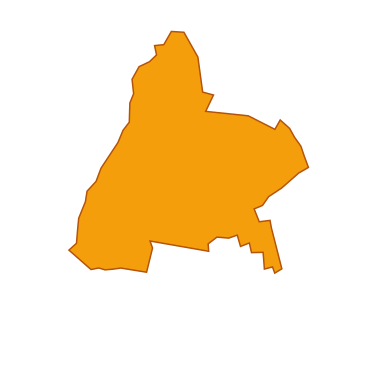 outline of Pinhal, Rio Grande do Sul, Brazil, rotated 37°
{"feature_id": "56859067B67721139652283", "entity_name": "Pinhal", "entity_type": "district", "adm_level": 2, "iso_a3": "BRA", "parent_name": "Brazil", "parent_adm1": "Rio Grande do Sul", "projection": "orthographic", "projection_center": [-53.229, -27.534], "detail": "fine", "context": "isolated", "style": "filled", "palette": "amber", "viewbox_px": 384, "rotation_deg": 37, "n_neighbors": 0, "source": "geoboundaries", "source_scale": "gbopen_adm2", "svg_char_len": 900}
<svg xmlns="http://www.w3.org/2000/svg" viewBox="0 0 384 384"><g transform="rotate(37 192 192)"><path d="M89.4,69.3L78.9,76.2L80.8,91.3L74.0,97.6L81.2,103.9L79.6,113.6L74.3,123.7L76.3,138.1L86.2,148.6L88.8,158.3L99.9,174.0L99.8,184.2L103.1,197.1L105.0,227.7L109.0,241.3L107.7,254.5L112.7,263.9L117.3,281.1L121.8,288.5L130.6,302.5L128.7,312.5L158.0,314.7L163.3,308.8L169.4,306.5L175.0,301.5L180.9,295.6L204.0,283.4L194.2,260.5L188.0,256.4L241.0,229.3L236.1,223.7L239.1,213.0L249.1,206.7L254.1,199.2L263.5,206.3L268.5,198.2L276.0,204.6L285.1,197.4L296.2,210.0L301.4,203.4L306.9,207.0L310.0,199.3L276.9,172.8L271.4,167.7L263.6,175.3L251.8,168.1L256.4,160.3L256.0,149.6L261.2,134.9L265.8,112.7L270.2,102.3L260.2,95.9L251.4,89.9L240.7,86.5L231.8,82.5L219.1,81.4L220.5,92.1L191.1,97.3L154.4,119.4L150.8,101.6L140.4,105.8L115.5,80.7L89.4,69.3Z" fill="#f59e0b" stroke="#b45309" stroke-width="1.5"/></g></svg>